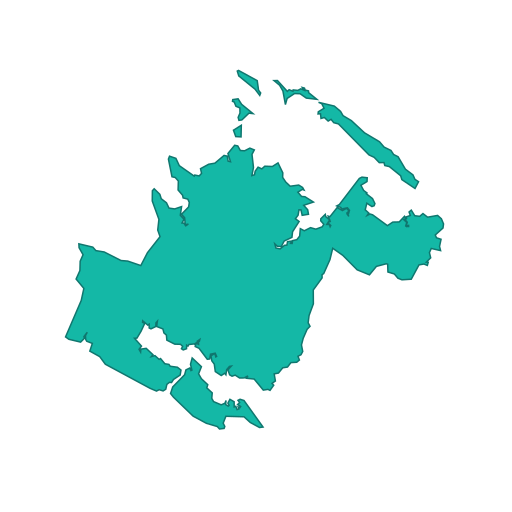 Wete, Kaskazini-Pemba, United Republic of Tanzania (orthographic projection), rotated 113°
{"feature_id": "72390352B34611789685005", "entity_name": "Wete", "entity_type": "district", "adm_level": 2, "iso_a3": "TZA", "parent_name": "United Republic of Tanzania", "parent_adm1": "Kaskazini-Pemba", "projection": "orthographic", "projection_center": [39.725, -5.092], "detail": "fine", "context": "isolated", "style": "filled", "palette": "teal", "viewbox_px": 512, "rotation_deg": 113, "n_neighbors": 0, "source": "geoboundaries", "source_scale": "gbopen_adm2", "svg_char_len": 6127}
<svg xmlns="http://www.w3.org/2000/svg" viewBox="0 0 512 512"><g transform="rotate(113 256 256)"><path d="M200.5,102.5L197.8,98.3L197.7,94.6L194.5,95.0L195.1,96.8L189.4,94.5L185.1,97.7L180.6,97.6L178.9,88.2L175.5,90.8L168.3,92.2L168.7,97.0L166.6,99.2L157.2,94.8L153.2,95.9L149.3,99.9L147.7,104.7L153.2,113.2L151.7,118.9L155.5,120.8L156.9,125.6L153.1,131.0L155.7,132.3L158.4,129.8L161.5,133.2L162.7,132.1L164.3,133.0L165.8,129.9L169.6,129.6L168.2,127.5L169.9,126.7L168.7,127.3L170.1,128.6L169.7,130.0L166.2,130.3L164.8,134.2L163.0,132.6L161.4,134.8L168.7,137.5L171.3,143.3L176.7,146.9L172.5,164.8L172.8,167.5L175.2,169.5L172.4,169.0L170.8,173.5L164.1,174.6L165.2,168.6L163.6,166.9L161.3,167.0L157.6,171.2L155.6,178.8L154.6,178.5L153.6,182.5L149.9,187.1L144.1,182.9L140.5,184.2L142.0,189.3L144.2,191.2L176.1,199.4L178.3,201.2L178.2,196.7L179.6,196.0L175.9,190.7L177.4,187.8L180.8,187.4L181.0,188.7L183.3,186.0L181.6,188.8L178.0,188.3L176.7,191.2L180.4,194.2L179.7,200.2L190.9,203.3L191.1,205.1L195.7,200.7L194.9,202.0L198.2,202.6L197.9,201.1L198.7,199.1L200.1,199.2L198.3,200.9L199.3,203.2L194.0,202.3L192.5,207.2L190.6,208.5L196.4,210.9L198.3,210.2L200.3,206.0L203.2,206.4L207.9,211.4L208.6,216.9L213.9,221.4L213.5,225.9L220.6,223.6L225.0,224.8L227.6,228.4L230.3,227.6L230.9,229.2L228.4,229.1L230.5,232.6L233.9,231.8L235.0,233.9L240.1,236.6L240.9,240.8L237.5,243.4L238.7,240.2L237.4,236.4L231.2,235.9L224.8,230.2L219.4,231.8L207.4,229.8L206.3,234.3L202.0,233.2L196.7,234.5L196.0,232.6L200.5,229.4L197.1,224.0L193.2,226.5L190.7,231.9L183.9,224.2L182.3,234.1L183.4,237.3L180.9,242.4L176.6,239.4L176.5,237.6L174.7,239.9L174.0,244.4L178.4,251.8L176.3,257.5L173.2,262.2L169.0,263.8L161.7,272.1L167.2,275.9L169.9,283.0L173.5,284.7L173.4,288.8L178.3,289.9L181.8,289.1L183.6,291.2L175.5,292.9L164.0,299.4L159.0,299.0L159.1,303.8L163.6,307.6L165.0,311.6L161.8,315.8L162.4,318.9L172.6,321.9L179.2,316.3L179.6,318.7L175.3,321.5L175.9,324.7L186.6,330.1L190.0,335.4L197.3,341.2L201.2,338.4L204.5,339.6L205.4,344.0L206.6,344.1L202.8,361.9L197.4,367.9L197.9,374.6L201.0,374.5L215.9,364.3L215.3,361.0L217.3,356.8L225.7,353.5L228.8,347.3L231.0,345.8L230.3,341.0L232.8,338.3L237.2,337.2L246.7,340.9L248.6,336.7L254.8,333.3L253.0,330.7L255.7,332.5L254.0,335.1L254.5,337.0L250.3,336.6L248.1,341.6L239.6,343.8L244.4,349.2L245.9,354.8L242.0,359.2L240.3,365.6L236.8,368.6L233.9,376.0L236.4,376.9L245.9,373.0L260.2,359.7L270.5,356.6L275.7,351.9L295.3,357.2L309.8,358.3L310.8,372.1L312.9,378.5L311.6,397.3L313.6,405.5L311.6,409.7L314.0,423.8L317.5,422.1L322.4,415.7L329.5,415.8L338.2,412.4L347.5,412.6L353.1,401.8L365.2,399.5L404.9,399.7L405.8,395.7L403.8,383.8L398.9,381.8L397.4,382.9L392.1,381.5L395.9,381.9L399.4,380.1L400.6,378.5L400.4,372.5L408.5,371.8L409.7,360.5L414.5,352.4L419.2,301.7L419.2,294.8L416.9,292.9L416.5,288.8L413.9,287.0L409.0,287.9L406.1,286.3L405.5,284.3L401.9,283.7L395.2,279.3L390.3,280.5L389.1,284.9L391.0,291.9L389.8,293.8L390.8,297.8L387.7,303.8L389.0,304.8L387.2,310.1L389.5,313.0L387.1,312.3L383.9,321.0L386.7,325.6L389.5,324.7L387.6,327.2L383.7,326.2L379.2,335.7L378.1,333.5L370.2,332.4L361.5,332.1L361.4,334.5L359.9,335.0L361.9,328.6L360.5,327.7L364.0,326.2L364.1,324.2L360.1,320.7L356.6,322.0L354.5,321.3L359.7,319.9L359.5,313.2L362.8,310.7L363.8,307.6L368.3,305.2L368.9,296.4L366.8,291.0L367.8,288.2L370.5,288.4L370.9,286.3L368.5,283.7L365.2,285.0L365.5,283.4L363.7,283.2L361.0,278.4L361.6,277.2L360.1,277.6L359.0,276.8L359.5,275.1L357.4,276.8L356.0,275.9L356.9,275.2L355.0,275.3L354.7,275.1L356.7,274.8L357.0,275.2L356.3,276.0L357.2,276.5L359.3,274.5L359.8,275.5L359.3,276.7L359.8,277.0L363.1,276.6L363.2,272.4L370.1,260.5L368.9,258.4L364.1,259.5L361.4,255.6L363.8,253.0L364.6,253.6L361.8,255.8L365.4,258.4L369.7,255.8L371.8,252.2L378.3,248.3L379.6,241.3L376.2,239.0L377.1,237.3L372.1,238.6L368.0,237.3L367.0,235.7L371.8,237.4L375.7,233.8L376.0,231.1L373.8,228.6L374.7,223.5L372.9,219.3L369.5,216.6L372.3,217.1L370.0,209.6L376.6,196.9L374.1,192.9L374.2,190.6L368.0,189.2L367.0,191.5L363.5,189.3L357.4,193.2L355.0,189.6L348.5,187.7L345.9,183.6L340.5,182.2L337.9,177.0L334.8,175.4L331.9,178.2L329.3,176.0L325.6,175.7L320.1,179.4L313.3,180.4L303.5,180.3L299.6,178.8L297.1,181.9L290.0,183.9L277.6,184.5L264.9,190.0L250.3,186.6L247.4,187.9L245.7,186.8L230.5,186.5L218.9,188.4L221.5,176.3L229.2,157.5L229.0,144.2L218.5,141.1L212.3,133.1L212.1,131.6L219.2,128.3L218.5,121.6L221.0,116.7L220.9,112.4L216.7,104.0L200.5,102.5ZM411.5,196.2L412.5,185.7L410.7,182.7L393.7,210.6L394.1,214.7L395.9,216.2L397.3,213.8L399.9,214.9L400.5,211.3L401.8,211.5L401.9,213.4L403.4,212.0L404.8,213.4L402.2,215.9L403.4,217.1L398.7,219.2L398.1,224.0L402.4,224.4L404.0,222.4L405.1,222.9L404.6,225.9L400.7,227.1L403.7,227.1L406.6,229.9L406.6,238.2L404.3,241.1L399.1,242.8L396.6,249.8L393.3,250.1L390.3,258.3L386.9,262.8L379.2,263.0L374.8,274.9L381.3,274.0L386.1,270.4L386.9,271.1L385.0,273.2L388.2,276.0L393.2,275.3L409.1,281.5L416.0,280.9L418.2,276.8L428.0,251.3L429.4,236.3L428.1,225.0L429.5,222.0L427.2,218.0L425.1,218.1L422.7,220.9L415.3,221.1L408.7,204.2L411.5,196.2ZM131.7,136.0L124.1,135.4L123.3,139.7L120.0,143.2L117.7,152.4L109.1,164.0L108.8,169.0L106.1,173.0L105.7,180.6L102.6,186.9L100.2,204.3L94.1,221.1L92.8,230.7L89.8,234.7L87.4,242.5L90.1,258.5L90.1,255.0L93.4,251.1L98.9,255.0L101.0,254.4L99.9,252.2L104.0,249.9L101.8,247.2L103.6,242.3L100.9,240.3L102.9,236.5L102.2,231.7L118.8,191.5L119.0,185.8L121.9,179.0L120.0,174.7L122.4,172.8L121.6,168.2L125.6,154.2L128.7,151.6L131.7,136.0ZM91.0,271.4L88.0,261.2L85.1,271.3L83.5,272.2L84.0,275.6L82.5,277.0L82.8,279.2L84.6,276.6L84.6,280.1L87.2,282.2L88.6,286.7L89.9,286.4L90.0,290.5L92.2,291.5L86.1,304.8L87.5,307.9L89.6,301.0L93.6,295.7L105.1,288.1L98.8,288.9L91.4,284.0L89.4,278.8L91.0,271.4ZM102.8,322.1L106.7,315.3L104.1,315.4L102.4,318.4L94.1,323.4L92.0,344.6L93.1,345.5L97.0,342.2L102.8,322.1ZM136.3,322.2L127.3,318.3L126.1,314.4L122.0,328.5L118.3,333.9L121.1,338.5L122.8,338.1L122.8,336.2L126.0,333.0L126.0,328.7L130.7,326.6L135.4,326.6L137.8,324.7L136.3,322.2ZM154.0,321.3L152.2,316.3L141.4,320.6L149.0,325.9L154.0,321.3Z" fill="#14b8a6" stroke="#0f766e" stroke-width="1.5"/></g></svg>